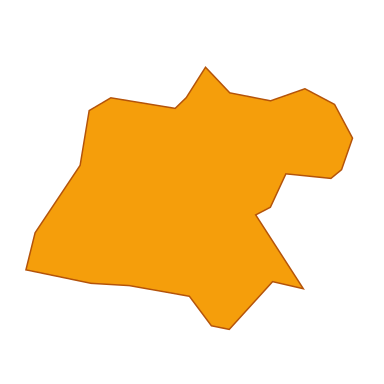 Niamey, Niamey, Niger, rotated 193°
{"feature_id": "23599985B37846693808008", "entity_name": "Niamey", "entity_type": "district", "adm_level": 2, "iso_a3": "NER", "parent_name": "Niger", "parent_adm1": "Niamey", "projection": "albers", "projection_center": [2.087, 13.524], "detail": "fine", "context": "isolated", "style": "filled", "palette": "amber", "viewbox_px": 384, "rotation_deg": 193, "n_neighbors": 0, "source": "geoboundaries", "source_scale": "gbopen_adm2", "svg_char_len": 470}
<svg xmlns="http://www.w3.org/2000/svg" viewBox="0 0 384 384"><g transform="rotate(193 192 192)"><path d="M61.8,122.8L124.8,184.0L112.2,194.8L104.6,230.8L59.7,236.5L51.3,247.4L47.7,280.6L72.8,309.4L105.2,318.0L136.0,298.5L177.5,297.1L206.9,316.6L218.8,282.7L227.2,269.7L292.3,265.5L310.5,248.2L307.0,192.8L335.7,117.0L336.3,78.8L269.8,80.3L232.0,86.7L171.1,89.8L143.0,66.0L124.8,66.5L93.3,122.8L61.8,122.8Z" fill="#f59e0b" stroke="#b45309" stroke-width="1.5"/></g></svg>